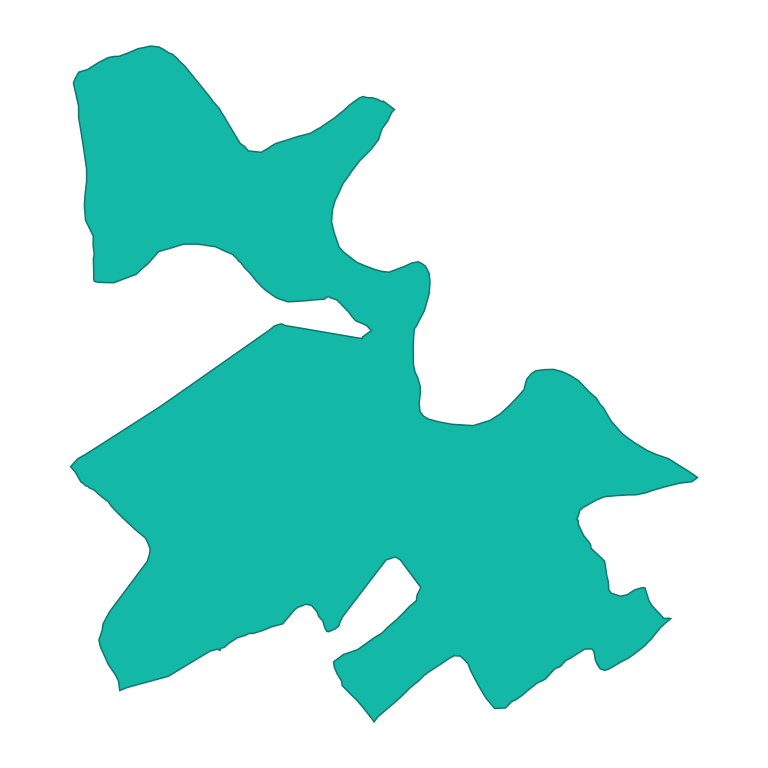 the district of Al-Mahmudiyya, Al Buhayrah, Egypt
{"feature_id": "37247803B49167572517761", "entity_name": "Al-Mahmudiyya", "entity_type": "district", "adm_level": 2, "iso_a3": "EGY", "parent_name": "Egypt", "parent_adm1": "Al Buhayrah", "projection": "mercator", "projection_center": [30.503, 31.197], "detail": "fine", "context": "isolated", "style": "filled", "palette": "teal", "viewbox_px": 768, "rotation_deg": 0, "n_neighbors": 0, "source": "geoboundaries", "source_scale": "gbopen_adm2", "svg_char_len": 6041}
<svg xmlns="http://www.w3.org/2000/svg" viewBox="0 0 768 768"><path d="M119.8,690.5L126.6,687.7L134.4,685.5L168.3,676.3L200.7,656.7L210.0,651.2L214.6,649.9L217.3,649.2L220.0,650.4L220.5,649.0L221.0,648.1L224.1,647.5L228.8,643.3L232.5,640.9L236.5,638.3L237.9,637.6L245.4,635.3L249.2,633.4L253.4,633.4L260.1,631.3L262.7,630.5L271.0,627.0L279.1,624.8L281.6,624.2L282.8,623.7L287.0,618.7L294.6,609.8L297.8,607.2L299.8,606.7L305.9,604.1L308.6,604.8L311.6,605.5L316.9,611.6L318.7,616.4L322.7,620.8L323.4,622.9L324.7,627.6L326.8,631.4L328.8,631.7L334.0,629.4L335.0,629.0L338.8,626.1L339.9,622.4L340.3,621.2L343.0,616.2L349.8,607.3L386.0,560.0L395.3,556.9L400.3,559.9L406.1,567.7L420.8,587.3L417.0,595.4L416.4,600.6L410.0,606.0L402.5,613.8L396.8,619.5L388.0,627.0L382.1,633.0L374.4,637.6L365.9,643.7L357.8,649.5L350.9,652.0L343.1,654.6L341.9,655.7L333.5,661.9L334.3,667.1L337.1,673.8L339.3,677.3L341.7,681.4L342.1,685.5L350.9,694.5L356.9,700.3L359.1,702.9L362.3,706.6L367.5,713.1L370.6,717.1L374.1,721.9L375.0,720.6L377.6,717.1L380.2,714.8L388.0,708.1L391.3,705.4L395.7,701.6L400.7,697.1L410.3,687.6L416.1,682.9L418.7,680.8L423.8,675.7L428.5,672.1L439.9,664.7L449.4,658.3L454.2,655.7L457.6,655.9L460.3,656.1L465.0,660.3L468.1,663.8L469.9,668.9L471.4,672.1L477.8,684.4L484.9,696.4L486.7,699.0L494.7,708.5L500.1,708.2L505.5,708.0L509.0,704.4L511.7,701.5L514.3,700.5L516.7,699.2L522.5,695.1L527.3,690.8L536.9,683.2L545.2,679.2L554.8,668.8L557.8,667.5L559.8,666.7L561.2,665.7L563.3,663.1L565.5,660.6L571.0,657.9L575.7,654.7L584.7,649.1L591.6,648.9L593.7,651.1L594.7,655.7L595.3,659.8L596.9,663.6L597.6,664.9L600.2,668.8L602.0,669.4L604.6,670.4L606.8,669.7L608.6,669.1L612.2,667.1L614.6,665.7L618.2,663.6L621.2,661.7L623.9,660.4L625.1,659.8L628.3,658.2L631.3,656.1L633.2,654.8L641.9,648.0L644.7,645.7L646.7,643.7L648.5,641.7L650.8,639.5L654.7,634.7L657.3,631.5L659.6,628.7L660.1,627.8L665.4,623.1L670.7,618.6L668.4,618.2L663.9,618.5L657.5,611.5L656.0,610.1L652.0,605.6L649.5,601.7L649.0,600.8L644.9,587.8L641.6,587.8L634.9,589.8L631.1,592.1L629.5,593.3L627.3,594.7L625.6,595.1L620.4,596.2L611.1,593.1L608.7,589.6L608.5,584.2L608.1,580.8L606.8,575.8L605.2,564.8L604.5,561.0L598.6,555.4L591.1,548.4L590.5,544.5L588.6,541.6L583.6,535.5L578.4,524.4L578.1,520.2L576.6,519.5L577.2,518.2L578.0,516.7L579.9,510.3L582.8,507.7L595.7,500.4L598.2,499.3L604.1,496.8L607.7,496.4L613.3,495.9L617.3,495.5L618.8,495.5L620.4,495.4L628.0,494.9L632.5,494.9L636.6,494.7L646.0,492.7L651.1,490.9L657.9,488.8L660.5,488.1L662.7,487.4L679.3,483.2L691.8,481.7L694.3,479.9L696.5,478.4L697.4,477.4L688.6,471.3L679.7,465.8L668.7,458.8L655.5,454.2L647.2,450.5L634.4,442.7L629.5,439.2L622.3,433.7L611.4,421.5L603.1,407.3L600.5,404.9L596.4,398.2L589.1,391.8L578.7,380.8L570.3,375.4L562.3,371.7L553.7,369.4L544.5,369.6L535.8,370.8L531.5,373.6L527.0,378.8L526.1,381.2L523.9,389.8L517.0,397.5L509.2,405.7L499.9,414.2L489.6,420.6L473.2,425.6L451.9,424.3L439.0,421.9L428.2,419.0L423.6,416.2L420.1,411.9L419.1,403.1L420.4,392.9L420.2,386.3L417.8,377.8L415.1,372.3L413.4,364.3L413.3,345.7L413.6,337.5L414.3,328.9L416.2,326.4L424.4,310.6L429.1,294.0L430.0,282.7L429.1,273.2L425.5,266.2L421.6,263.4L418.2,261.8L411.9,262.9L405.4,266.0L394.6,270.1L389.0,272.2L382.0,271.4L375.2,269.6L365.6,266.1L356.6,262.2L343.5,252.0L339.2,247.2L334.1,232.5L331.6,222.0L332.0,215.2L332.6,209.3L335.3,200.0L338.5,193.6L343.1,183.3L347.6,177.3L352.3,170.4L359.6,160.9L371.0,149.5L378.6,139.5L380.4,133.6L382.2,128.5L387.8,120.8L391.5,112.7L394.5,109.5L383.3,101.1L382.5,101.8L377.0,99.1L375.4,98.7L373.1,98.0L372.0,97.8L366.8,97.6L363.3,96.5L359.6,97.8L354.5,101.3L349.3,105.2L344.1,110.2L339.7,113.6L336.8,116.1L333.5,118.7L326.8,123.1L320.2,127.7L318.3,128.6L314.3,131.0L310.9,133.0L309.4,133.5L305.6,134.5L300.8,135.8L298.8,136.2L294.5,137.6L287.1,140.0L279.3,142.4L275.1,143.8L272.0,145.7L270.3,146.7L268.9,147.8L264.3,150.5L261.2,152.3L260.0,152.2L248.4,150.9L244.6,146.6L240.1,143.3L229.1,125.0L223.0,114.7L221.8,113.2L219.6,108.9L215.9,104.7L213.9,102.4L213.1,101.5L209.6,96.7L187.0,68.8L185.9,67.2L181.6,63.1L178.8,60.5L177.8,58.9L174.1,55.8L172.4,54.1L169.5,53.2L166.8,51.6L165.6,50.9L164.3,49.8L159.0,47.0L152.0,46.2L150.6,46.1L145.4,47.2L138.0,48.7L127.7,53.1L118.7,56.4L114.4,56.4L109.8,57.3L108.3,57.6L99.3,62.1L95.4,64.5L87.2,69.7L78.8,72.1L74.9,79.0L73.4,83.1L78.6,106.1L78.6,117.4L80.7,129.7L82.7,142.3L86.6,169.1L86.6,182.4L86.2,184.6L85.0,195.3L84.4,204.4L84.6,209.0L85.5,220.2L93.3,236.1L93.1,243.8L93.2,246.5L94.2,253.8L93.9,255.9L93.3,258.9L93.8,273.5L93.7,278.4L94.2,281.2L96.0,281.8L97.5,282.1L103.5,282.5L112.3,282.7L113.4,282.8L115.7,282.0L128.4,277.2L136.2,274.3L141.9,268.9L143.8,267.1L147.7,264.0L158.8,251.5L173.4,247.3L183.3,244.2L190.4,244.1L196.2,244.1L204.6,245.0L206.6,245.5L215.5,246.7L226.5,251.9L232.3,254.2L237.2,258.9L239.1,261.5L240.6,262.4L244.8,268.0L247.7,270.9L249.6,272.7L256.5,281.3L259.2,284.0L261.4,286.5L265.7,290.4L273.8,296.0L276.5,297.8L278.3,298.6L280.3,299.3L287.8,301.8L294.5,301.5L305.8,300.7L309.1,300.4L311.3,300.1L315.2,299.8L324.2,299.2L328.1,296.4L330.5,297.8L336.6,299.8L339.0,302.1L340.4,303.4L344.8,308.0L348.6,312.0L352.1,316.7L355.5,320.6L358.0,321.8L361.4,323.2L366.7,325.6L371.4,330.5L368.5,332.6L364.7,335.4L362.4,337.1L362.3,338.6L357.7,337.9L352.5,337.0L347.2,336.1L339.6,334.8L335.5,334.1L324.0,332.1L318.6,331.2L299.3,327.9L289.1,326.2L285.1,325.5L281.5,323.9L279.4,324.3L274.6,325.9L269.6,329.9L268.2,331.0L256.2,339.3L232.8,355.7L194.6,382.5L159.4,407.1L85.4,454.5L82.4,456.1L77.8,458.7L70.6,466.7L75.4,472.2L78.5,477.8L81.2,482.3L82.6,482.9L85.8,485.8L88.1,486.5L89.5,488.0L93.0,489.4L94.1,490.2L95.0,490.8L97.5,493.1L102.2,497.2L104.7,499.1L108.4,501.9L109.9,504.1L111.4,506.3L116.9,512.1L120.3,515.5L123.4,518.5L125.1,520.1L134.8,529.2L138.8,532.6L141.3,534.6L145.3,537.9L147.7,542.6L150.1,548.7L149.9,552.0L149.3,554.7L147.3,561.3L109.6,611.7L103.0,623.9L102.1,630.5L98.9,639.9L100.0,645.3L101.2,648.7L102.6,651.7L108.5,664.7L114.6,673.7L116.0,676.0L118.5,681.1L119.8,690.5Z" fill="#14b8a6" stroke="#0f766e" stroke-width="1.5"/></svg>